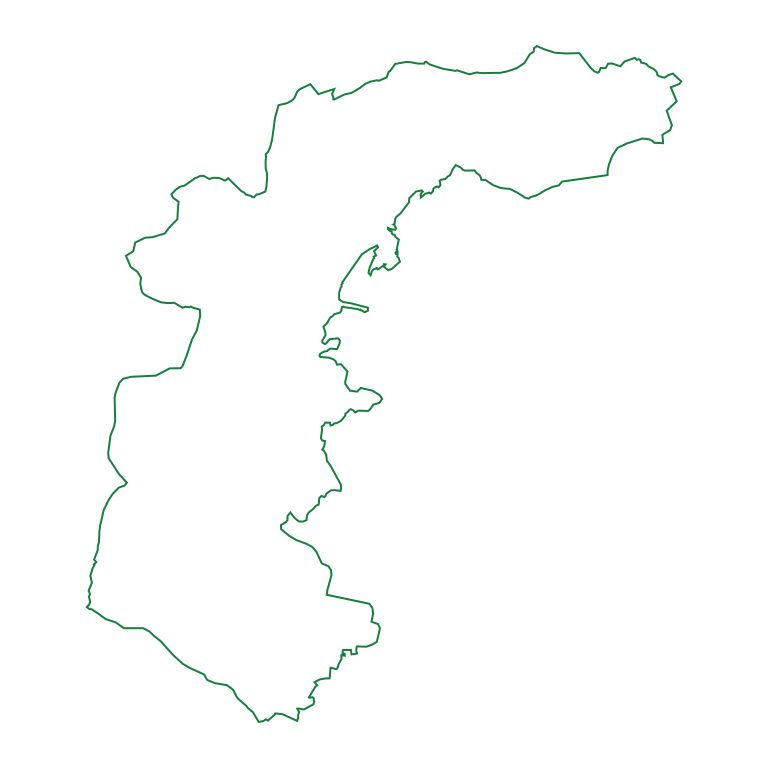 outline of Avramesti, Harghita, Romania
{"feature_id": "2599482B64108004805491", "entity_name": "Avramesti", "entity_type": "district", "adm_level": 2, "iso_a3": "ROU", "parent_name": "Romania", "parent_adm1": "Harghita", "projection": "albers", "projection_center": [25.039, 46.361], "detail": "fine", "context": "isolated", "style": "outline", "palette": "green", "viewbox_px": 768, "rotation_deg": 0, "n_neighbors": 0, "source": "geoboundaries", "source_scale": "gbopen_adm2", "svg_char_len": 6010}
<svg xmlns="http://www.w3.org/2000/svg" viewBox="0 0 768 768"><path d="M357.0,653.6L356.2,650.2L356.8,646.4L366.4,646.7L372.3,644.5L376.8,641.9L380.0,628.1L377.9,624.0L371.5,621.8L373.1,613.7L372.4,608.0L369.4,603.8L326.8,594.8L327.4,590.0L331.5,575.1L331.0,570.2L328.5,566.3L321.7,563.3L316.7,552.3L312.5,547.1L306.5,543.8L296.4,540.1L289.2,535.9L281.1,529.1L281.0,525.0L286.2,521.9L287.5,520.1L287.5,516.1L290.3,512.5L294.6,517.9L298.7,521.4L303.0,521.6L306.5,520.1L307.0,515.4L308.6,512.6L313.0,509.1L316.2,505.6L318.7,504.5L319.3,498.0L321.6,495.9L324.2,497.1L325.6,495.8L326.4,493.7L330.8,490.4L334.3,490.1L340.6,490.9L341.2,487.0L340.8,484.6L330.6,465.8L326.9,460.8L326.2,454.7L323.7,450.4L322.3,449.7L324.2,446.3L325.0,441.1L322.2,440.5L320.9,438.1L322.0,430.3L321.8,426.7L324.0,425.0L325.2,422.6L330.0,422.7L330.5,425.5L332.7,425.0L334.2,423.5L336.7,423.1L340.9,420.9L345.3,415.6L345.4,413.7L348.0,411.7L349.4,409.8L350.8,409.2L353.0,410.2L355.2,412.5L358.5,410.6L368.1,411.0L370.1,409.4L373.3,404.6L379.4,402.9L382.1,398.8L379.7,395.1L372.5,390.7L360.8,388.0L357.2,391.6L350.0,390.7L345.3,383.9L345.2,381.9L347.5,371.5L341.0,364.2L337.0,364.7L335.7,361.3L333.8,359.6L328.9,357.6L320.6,357.1L319.7,356.4L319.6,355.1L320.2,353.8L323.9,351.6L327.3,351.1L327.7,350.3L330.4,348.6L337.1,349.1L339.5,343.8L339.9,340.5L338.1,338.3L329.7,339.2L325.9,343.7L324.9,344.1L322.4,342.5L322.4,340.3L325.6,335.1L325.1,331.6L323.4,326.6L326.8,323.5L330.3,317.4L332.2,316.5L334.2,314.3L340.0,312.5L341.3,310.9L341.9,307.1L343.4,306.6L344.5,307.2L358.0,309.1L360.1,310.1L360.4,309.7L364.6,312.2L367.9,310.7L367.9,307.7L351.4,303.4L343.1,302.0L339.2,299.5L339.1,293.0L340.7,287.7L341.6,286.5L341.4,284.5L342.6,283.3L342.4,282.3L361.8,254.4L369.4,249.3L377.2,245.5L378.0,247.3L374.0,251.2L376.1,255.5L373.7,256.6L374.2,258.2L373.3,259.0L369.5,268.2L368.5,273.0L370.6,275.3L371.9,271.2L372.8,269.9L376.5,268.0L377.2,268.3L377.4,269.3L378.1,269.3L383.9,265.3L383.9,264.2L385.6,264.4L383.8,266.5L388.2,270.2L392.2,268.6L399.9,261.7L398.7,258.1L397.3,256.6L397.6,253.1L396.1,253.9L395.5,252.9L396.3,251.5L397.4,250.9L396.7,249.5L398.8,239.6L395.6,237.1L394.6,234.9L392.8,234.4L391.8,233.4L391.7,231.5L389.9,230.9L387.9,229.1L388.0,227.9L389.9,228.9L395.1,229.9L396.1,228.3L394.3,225.0L393.4,224.5L394.5,224.1L395.3,218.8L396.3,216.9L400.4,213.5L409.0,202.3L409.2,198.3L415.9,191.6L421.7,190.4L422.8,191.5L420.7,193.8L420.8,197.5L425.2,193.8L429.1,192.6L430.9,193.6L433.0,191.4L433.4,188.7L435.2,187.2L437.2,186.5L438.5,187.3L440.0,185.8L440.5,184.5L439.6,180.8L441.4,179.6L445.4,179.0L447.5,176.7L450.0,175.2L452.8,169.1L455.8,165.1L460.5,167.4L463.1,169.9L465.0,170.6L474.6,170.4L476.4,172.9L479.6,175.2L480.8,177.3L481.3,179.8L485.6,180.1L493.6,185.4L501.1,188.1L509.8,188.9L517.3,192.6L524.8,197.5L528.6,198.6L530.8,196.9L535.2,195.9L539.4,193.9L545.1,190.3L552.5,186.9L558.8,185.4L562.0,181.6L607.6,175.1L607.6,170.8L608.9,164.7L612.2,155.9L617.6,147.8L627.1,143.4L642.6,138.5L649.1,139.3L652.3,140.9L654.3,142.8L663.1,143.2L662.4,134.8L670.1,130.1L671.9,125.3L666.7,110.7L676.7,101.3L670.8,87.3L679.5,83.9L681.2,81.3L672.9,73.6L668.5,75.0L664.5,77.7L658.9,76.2L657.5,75.2L656.5,71.7L653.7,69.0L648.3,66.2L646.3,63.9L641.0,62.5L640.4,60.1L638.9,59.2L636.8,59.8L634.9,57.9L624.7,61.4L620.3,66.3L612.2,63.5L608.1,63.7L605.7,68.1L600.7,68.0L599.1,71.8L597.5,72.7L594.3,71.3L590.9,68.1L579.2,53.1L566.2,53.5L554.8,52.7L544.3,49.3L536.9,46.1L534.1,48.2L533.7,51.7L529.9,54.1L524.4,63.1L516.5,68.3L507.5,71.3L500.5,72.8L481.9,73.1L476.5,72.5L469.4,74.3L457.0,70.3L455.6,70.9L442.5,68.7L429.6,64.4L426.1,61.7L425.1,61.9L424.2,63.6L417.9,63.6L410.5,62.2L405.7,62.0L395.1,64.0L390.4,70.7L388.6,71.9L386.7,77.4L379.0,80.7L376.8,80.3L370.4,81.6L365.0,84.0L359.7,88.1L351.5,92.9L344.3,94.5L334.2,99.5L333.3,99.2L333.3,97.6L332.1,94.0L334.3,89.0L318.4,94.1L310.3,84.2L300.0,89.1L297.4,91.3L294.5,97.8L292.4,100.2L286.9,103.2L278.6,105.1L275.1,117.4L272.1,139.5L270.0,147.7L268.3,151.5L265.8,154.3L266.0,156.7L265.6,161.8L265.7,168.5L267.0,173.4L267.1,176.4L266.4,186.9L265.3,191.6L259.1,194.2L256.5,194.6L254.0,197.3L252.8,197.2L251.0,195.9L246.0,194.6L244.1,192.6L241.3,191.1L228.1,178.2L225.7,180.4L224.7,180.5L219.1,177.9L212.9,177.8L209.3,179.0L203.7,175.9L202.1,175.9L200.2,176.0L195.0,178.3L184.4,185.7L180.0,186.7L178.3,187.9L175.6,189.8L171.4,194.4L173.2,197.9L178.6,201.7L178.0,207.4L177.4,219.2L169.1,227.7L164.8,233.5L152.3,237.2L145.1,237.7L135.3,242.5L133.2,251.3L126.0,255.8L130.7,266.9L137.2,271.7L141.1,277.8L140.2,284.0L141.3,288.1L141.1,288.9L142.4,292.6L144.4,294.6L151.8,298.5L160.9,302.3L167.9,303.1L174.3,302.8L182.5,307.7L185.2,306.7L189.6,307.2L190.8,306.5L193.4,307.9L199.8,309.6L200.2,316.0L196.8,330.5L192.1,339.2L186.7,355.5L182.4,366.4L180.6,368.2L169.6,368.4L156.0,375.6L131.2,376.8L123.2,378.7L119.5,382.6L115.7,392.5L114.6,397.5L115.2,420.6L114.1,426.5L110.5,435.5L108.2,452.8L108.7,458.3L119.0,474.1L126.9,482.7L124.5,485.7L119.0,487.5L112.9,493.6L108.9,499.5L103.7,510.1L100.1,525.8L99.4,531.5L99.0,542.0L97.8,546.3L97.7,550.2L94.1,559.6L96.3,562.2L93.9,564.3L94.5,565.0L92.6,568.2L90.4,575.8L91.9,582.8L88.6,590.8L90.0,594.1L88.9,596.8L90.3,601.6L89.1,604.7L86.8,607.0L89.4,609.1L91.3,609.1L97.4,613.0L105.7,619.1L115.6,622.3L123.9,628.2L143.2,628.2L149.7,631.7L154.1,636.0L160.5,641.0L173.0,654.9L182.8,663.9L190.4,668.2L204.3,674.6L206.7,679.3L207.7,680.2L215.1,683.2L226.8,685.1L231.0,688.1L233.2,690.0L236.9,697.2L238.4,699.0L246.4,705.9L247.9,708.1L252.8,712.0L258.7,721.9L263.1,721.2L265.9,719.4L267.9,720.6L274.6,714.8L275.3,713.4L282.5,714.2L297.1,720.9L298.3,717.6L298.1,715.4L299.1,711.9L297.3,708.7L298.7,708.5L303.9,709.5L313.3,704.4L314.3,701.2L313.7,700.7L313.8,698.4L312.4,697.2L309.7,697.8L308.9,697.5L315.2,686.9L317.3,685.4L314.5,682.2L319.6,679.5L325.5,678.4L329.6,678.4L330.6,667.7L336.3,669.1L337.4,668.3L338.6,664.3L341.5,658.9L341.4,655.3L344.8,655.7L344.6,653.7L342.5,653.6L342.9,650.1L350.9,649.9L351.5,654.4L357.0,653.6Z" fill="none" stroke="#15803d" stroke-width="2"/></svg>